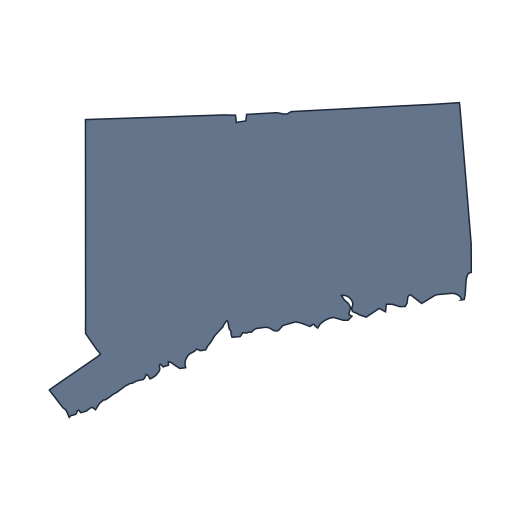 an SVG outline of Connecticut, rotated 356°
{"feature_id": "USA-3537", "entity_name": "Connecticut", "entity_type": "State", "adm_level": 1, "iso_a3": "USA", "parent_name": "United States of America", "parent_adm1": "", "projection": "natural_earth1", "projection_center": [-72.846, 41.528], "detail": "fine", "context": "isolated", "style": "filled", "palette": "slate", "viewbox_px": 512, "rotation_deg": 356, "n_neighbors": 0, "source": "natural_earth", "source_scale": "10m", "svg_char_len": 2650}
<svg xmlns="http://www.w3.org/2000/svg" viewBox="0 0 512 512"><g transform="rotate(356 256 256)"><path d="M58.6,403.8L58.4,404.0L57.3,400.8L56.7,398.9L55.6,396.5L54.9,395.6L54.3,395.1L53.3,394.4L52.6,393.6L47.1,385.3L41.7,377.2L40.5,375.2L43.7,373.2L53.6,367.3L66.0,360.0L79.6,352.0L90.5,345.6L94.1,343.0L90.7,338.4L87.8,333.5L84.7,328.3L80.6,321.4L80.9,316.0L81.9,303.0L82.8,290.0L83.7,277.0L84.6,264.0L85.5,251.0L86.4,238.0L87.3,225.0L88.2,212.0L89.1,199.0L90.0,186.0L90.9,173.0L91.8,160.0L92.7,147.0L93.6,134.0L94.5,121.0L95.4,108.0L122.5,109.0L149.7,110.0L176.8,111.0L204.0,111.9L219.0,112.5L233.3,113.0L245.4,114.1L245.7,121.4L255.3,120.5L256.5,114.1L287.1,114.5L292.3,116.0L295.2,116.5L297.1,116.4L301.2,114.4L312.4,114.6L345.4,115.2L378.3,115.8L411.2,116.4L444.2,117.1L469.6,117.2L469.8,120.3L470.0,136.5L470.2,152.7L470.4,168.9L470.6,185.1L470.8,201.3L471.0,217.5L471.2,233.7L471.4,250.0L471.5,258.4L470.8,270.1L469.6,287.4L466.7,288.1L465.3,290.4L464.0,294.2L462.1,308.3L460.7,313.9L457.4,314.2L457.2,314.2L458.1,313.6L456.8,310.8L454.6,308.9L451.6,307.4L448.8,306.9L434.2,307.2L432.1,307.6L417.9,314.9L407.3,305.3L404.7,307.0L403.4,313.6L401.3,316.8L395.7,316.5L388.4,313.6L382.6,313.2L381.3,320.7L375.3,316.9L361.6,324.7L354.5,321.7L352.9,320.3L349.8,319.0L348.4,317.9L347.7,315.8L348.2,313.9L349.1,311.7L349.2,309.1L348.1,306.3L345.9,303.6L342.6,301.7L338.4,301.3L341.0,305.9L344.7,309.6L346.8,314.0L344.5,320.7L346.7,322.3L347.6,322.7L343.3,326.5L338.6,326.2L329.1,322.7L324.8,323.3L319.8,325.2L315.3,328.3L312.5,332.2L311.2,330.9L310.4,330.4L309.9,329.8L309.3,328.3L307.6,328.3L305.1,330.1L295.9,325.9L290.8,324.5L278.0,327.2L276.0,329.1L274.2,331.0L272.5,332.2L269.6,332.1L267.5,331.0L265.5,329.5L263.3,328.3L260.2,327.8L251.7,328.3L249.4,329.1L245.8,331.8L244.1,331.3L241.2,332.2L237.5,331.6L234.6,335.3L226.4,335.4L225.7,332.4L225.8,329.5L224.0,326.3L223.4,319.8L222.5,318.5L220.5,320.3L218.6,323.1L218.0,324.5L209.7,332.2L204.0,339.9L201.9,341.9L199.3,346.1L193.8,346.6L190.4,344.7L188.1,346.7L183.2,348.9L181.2,350.5L179.2,353.6L178.3,355.1L177.6,358.7L178.1,362.5L172.3,362.9L167.7,359.6L165.6,357.8L164.3,356.6L161.2,355.3L161.1,358.8L155.6,360.2L154.1,358.4L153.3,357.6L152.9,357.3L152.0,358.4L152.2,362.1L151.4,364.1L150.0,365.8L147.6,368.3L143.7,370.5L141.6,371.2L140.1,367.7L138.2,366.5L136.6,369.7L134.8,371.4L131.6,371.8L128.0,372.3L124.0,374.2L120.9,374.5L119.1,375.6L117.3,376.1L107.5,382.4L104.4,383.7L96.1,388.9L93.7,389.1L89.4,392.3L85.2,398.2L82.1,395.5L79.9,396.2L75.9,398.9L70.2,400.1L68.7,397.6L67.1,397.9L65.5,401.1L63.6,401.8L60.2,402.3L58.6,403.8Z" fill="#64748b" stroke="#1e293b" stroke-width="1.5"/></g></svg>